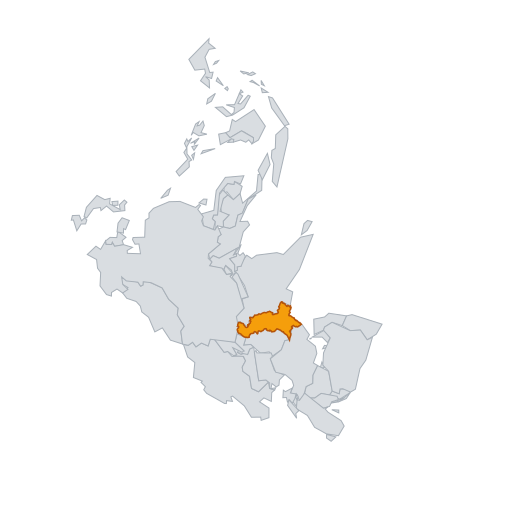 where Pakistan sits in Asia, rotated 222°
{"feature_id": "PAK", "entity_name": "Pakistan", "entity_type": "country or territory", "adm_level": 0, "iso_a3": "PAK", "parent_name": "Asia", "parent_adm1": "", "projection": "equal_earth", "projection_center": [69.806, 30.395], "detail": "fine", "context": "in_parent", "style": "filled", "palette": "amber", "viewbox_px": 512, "rotation_deg": 222, "n_neighbors": 45, "source": "natural_earth", "source_scale": "50m", "svg_char_len": 18251}
<svg xmlns="http://www.w3.org/2000/svg" viewBox="0 0 512 512"><g transform="rotate(222 256 256)"><path d="M250.7,141.7L246.6,144.3L245.4,149.5L239.8,148.3L238.3,154.8L231.4,157.1L234.3,163.5L232.7,166.6L215.2,163.1L213.2,166.1L206.6,165.3L199.2,173.0L193.6,171.1L191.9,164.2L188.6,161.5L180.3,162.3L170.7,154.6L163.3,156.8L162.4,170.6L157.3,166.7L152.5,168.8L152.9,165.0L147.3,158.2L155.2,155.8L155.8,150.0L144.6,151.7L138.2,144.5L142.2,137.3L144.7,139.4L151.5,133.1L164.4,136.8L179.7,136.2L180.4,134.5L176.2,132.2L181.1,128.8L179.3,126.5L180.6,125.4L200.7,120.9L205.3,121.6L206.2,125.0L212.3,125.3L212.2,127.1L221.2,123.8L230.2,135.9L239.2,135.2L250.7,141.7Z" fill="#d9dde1" stroke="#a8b0b8" stroke-width="1"/><path d="M162.4,170.6L163.3,156.8L170.7,154.6L180.3,162.3L188.6,161.5L191.9,164.2L193.6,171.1L198.1,173.0L205.9,166.9L204.4,169.8L212.0,172.3L208.3,175.0L204.9,174.7L205.1,171.9L201.2,172.8L198.9,177.4L196.4,177.2L198.4,182.7L196.7,186.7L170.5,165.1L165.7,170.5L162.4,170.6Z" fill="#d9dde1" stroke="#a8b0b8" stroke-width="1"/><path d="M437.5,357.2L436.3,386.1L433.6,382.5L425.3,383.0L429.1,378.2L427.0,369.6L413.2,361.4L410.9,363.9L407.8,358.2L413.5,355.5L408.6,355.5L403.0,349.8L414.5,349.1L415.8,358.0L419.2,360.6L425.8,353.2L437.5,357.2ZM383.7,385.1L381.6,390.6L378.4,391.1L380.3,386.9L383.7,385.1ZM414.5,376.3L414.3,372.9L415.7,369.9L416.3,373.3L414.5,376.3ZM361.1,327.3L359.3,331.3L365.0,341.6L361.1,342.2L355.4,363.5L335.9,358.7L331.8,343.8L334.1,336.7L337.0,342.2L347.8,340.2L350.5,339.3L354.5,326.5L361.1,327.3ZM394.2,360.7L402.7,359.4L403.9,362.8L394.2,360.7ZM390.8,362.5L388.5,361.7L387.9,359.8L391.3,359.6L390.8,362.5ZM394.4,336.0L397.0,340.6L395.0,349.7L392.7,341.2L394.4,336.0ZM371.2,339.8L385.6,339.3L380.5,344.6L368.9,344.6L368.4,348.0L371.4,351.9L379.3,348.4L373.2,354.1L378.4,369.4L375.3,369.1L377.0,365.5L373.0,366.0L371.4,357.3L369.2,358.7L369.4,370.2L367.2,370.9L364.1,358.1L367.7,345.0L371.2,339.8ZM369.7,389.9L363.8,388.1L366.9,387.2L369.7,389.9ZM367.1,384.8L374.0,383.2L377.1,381.6L376.5,384.0L367.1,384.8ZM360.6,381.6L364.5,384.3L356.6,385.7L360.6,381.6ZM322.0,371.9L343.4,376.5L353.4,382.8L349.5,384.5L319.6,376.1L322.0,371.9ZM313.6,348.8L322.4,359.3L321.2,371.7L317.5,371.8L310.7,364.4L286.6,321.3L293.8,322.3L304.4,336.3L310.5,339.4L314.9,345.2L313.6,348.8Z" fill="#d9dde1" stroke="#a8b0b8" stroke-width="1"/><path d="M383.9,387.3L387.0,383.1L391.6,382.9L383.9,387.3Z" fill="#d9dde1" stroke="#a8b0b8" stroke-width="1"/><path d="M99.3,202.1L96.0,207.8L94.6,217.5L93.5,210.5L97.0,202.9L99.3,202.1Z" fill="#d9dde1" stroke="#a8b0b8" stroke-width="1"/><path d="M102.2,198.4L97.1,202.8L101.9,196.8L102.2,198.4Z" fill="#d9dde1" stroke="#a8b0b8" stroke-width="1"/><path d="M98.0,205.7L95.6,209.9L96.9,205.1L98.0,205.7Z" fill="#d9dde1" stroke="#a8b0b8" stroke-width="1"/><path d="M98.0,205.7L108.4,201.7L109.0,206.6L102.0,209.3L104.6,213.4L98.0,218.8L94.6,217.5L98.0,205.7Z" fill="#d9dde1" stroke="#a8b0b8" stroke-width="1"/><path d="M145.0,239.5L152.6,240.0L160.0,233.3L155.5,246.9L146.0,244.8L145.0,239.5Z" fill="#d9dde1" stroke="#a8b0b8" stroke-width="1"/><path d="M142.6,237.4L142.6,234.3L144.4,231.6L145.3,235.4L142.6,237.4Z" fill="#d9dde1" stroke="#a8b0b8" stroke-width="1"/><path d="M133.1,215.2L136.1,221.4L130.5,219.2L133.1,215.2Z" fill="#d9dde1" stroke="#a8b0b8" stroke-width="1"/><path d="M109.0,206.6L108.4,201.7L115.6,197.5L117.3,189.8L122.2,185.7L128.1,186.6L131.4,192.5L128.7,199.3L134.0,205.4L137.0,215.8L124.8,218.9L109.0,206.6Z" fill="#d9dde1" stroke="#a8b0b8" stroke-width="1"/><path d="M156.2,246.0L160.3,236.6L170.8,247.7L164.2,256.6L163.6,262.2L148.6,272.1L145.3,262.0L155.1,257.6L157.5,249.1L156.2,246.0ZM160.8,230.8L159.5,231.9L160.4,230.4L160.8,230.8Z" fill="#d9dde1" stroke="#a8b0b8" stroke-width="1"/><path d="M309.6,291.7L310.5,282.7L320.6,284.2L321.9,281.2L325.8,285.7L325.6,291.0L320.3,294.4L321.9,297.0L312.9,298.5L309.6,291.7Z" fill="#d9dde1" stroke="#a8b0b8" stroke-width="1"/><path d="M317.8,282.5L310.5,282.7L309.6,291.7L301.3,286.3L299.1,304.6L309.0,318.0L305.8,320.4L295.7,308.6L299.9,293.0L294.8,278.8L296.8,274.2L291.4,264.4L293.9,258.9L299.6,255.8L303.7,260.0L303.5,268.4L310.2,264.9L315.3,268.8L318.7,276.8L317.8,282.5Z" fill="#d9dde1" stroke="#a8b0b8" stroke-width="1"/><path d="M324.8,282.8L317.8,282.5L318.7,276.8L312.6,265.2L303.5,268.4L303.7,260.0L299.6,255.8L304.8,252.6L303.9,247.7L309.4,254.3L313.4,254.4L314.9,258.1L312.1,260.8L324.1,275.4L324.8,282.8Z" fill="#d9dde1" stroke="#a8b0b8" stroke-width="1"/><path d="M299.6,255.8L293.9,258.9L291.4,264.4L296.8,274.2L294.8,278.8L299.9,293.0L296.8,301.6L296.2,287.6L291.0,270.9L285.5,276.2L281.6,274.8L281.6,265.4L274.4,251.3L281.9,229.7L288.0,227.6L288.2,222.7L292.7,225.8L290.6,241.0L293.9,240.3L297.0,245.0L296.3,248.6L302.5,249.7L299.6,255.8Z" fill="#d9dde1" stroke="#a8b0b8" stroke-width="1"/><path d="M315.7,299.1L321.9,297.0L320.3,294.4L325.6,291.0L325.2,278.4L312.1,260.8L314.9,258.1L313.4,254.4L309.4,254.3L305.5,247.1L315.3,243.3L324.6,251.0L317.9,261.7L329.4,278.1L331.4,293.9L318.7,307.5L315.7,299.1Z" fill="#d9dde1" stroke="#a8b0b8" stroke-width="1"/><path d="M377.9,166.5L376.9,172.2L371.8,176.5L375.2,181.9L365.1,182.9L365.8,177.9L362.0,175.8L363.7,173.4L367.6,168.6L371.9,170.0L370.9,168.0L375.3,164.2L377.9,166.5Z" fill="#d9dde1" stroke="#a8b0b8" stroke-width="1"/><path d="M369.8,184.3L375.4,180.9L380.5,188.1L381.1,194.8L373.9,197.6L370.6,188.3L372.7,187.7L369.8,184.3Z" fill="#d9dde1" stroke="#a8b0b8" stroke-width="1"/><path d="M251.7,141.4L263.3,136.2L277.5,139.9L280.4,131.9L294.8,138.6L303.4,138.0L308.5,141.4L314.6,142.0L323.7,138.1L330.4,139.3L330.0,146.9L336.0,145.7L341.9,149.3L326.3,157.5L321.5,156.4L320.6,158.8L322.6,161.4L319.2,164.7L304.4,169.5L291.9,165.4L278.9,165.2L275.1,159.6L262.3,155.7L261.6,149.9L251.7,141.4Z" fill="#d9dde1" stroke="#a8b0b8" stroke-width="1"/><path d="M288.2,222.7L288.0,227.6L281.9,229.7L275.4,248.9L273.4,242.1L272.1,244.9L270.3,242.7L273.8,236.4L265.9,235.2L261.4,230.2L260.4,233.1L262.8,235.3L260.3,238.4L262.3,239.6L263.4,250.4L257.4,251.2L256.1,257.0L242.7,272.5L236.7,275.4L235.5,299.7L228.0,310.3L214.7,275.0L211.6,251.8L204.7,253.9L197.4,241.9L206.5,239.0L201.7,228.2L205.1,223.8L208.7,224.1L219.2,206.2L214.5,197.9L223.9,196.6L226.7,193.2L230.1,197.9L230.0,209.2L237.5,214.7L234.5,220.4L244.8,226.4L259.8,230.4L261.5,223.4L262.1,227.5L265.0,229.1L272.2,228.6L270.9,224.7L284.0,217.7L284.8,222.0L288.2,222.7Z" fill="#d9dde1" stroke="#a8b0b8" stroke-width="1"/><path d="M273.4,242.1L274.8,254.8L271.3,245.8L268.3,245.6L267.8,249.8L263.8,248.8L260.3,238.4L262.8,235.3L260.4,233.1L261.4,230.2L265.9,235.2L273.8,236.4L270.3,242.7L272.1,244.9L273.4,242.1Z" fill="#d9dde1" stroke="#a8b0b8" stroke-width="1"/><path d="M270.9,224.7L272.2,228.6L262.1,227.5L265.5,222.5L270.9,224.7Z" fill="#d9dde1" stroke="#a8b0b8" stroke-width="1"/><path d="M259.7,224.3L259.8,230.4L257.2,230.4L234.5,220.4L238.7,213.7L252.4,222.9L259.7,224.3Z" fill="#d9dde1" stroke="#a8b0b8" stroke-width="1"/><path d="M187.5,186.8L200.8,186.7L205.5,181.4L208.7,188.3L212.8,185.3L218.5,186.7L206.9,190.9L208.0,194.6L205.8,199.2L203.0,199.1L204.2,201.8L201.1,207.7L193.8,210.1L191.9,215.9L180.1,218.3L175.0,216.2L177.9,212.4L174.4,203.3L176.8,192.6L182.1,193.6L187.5,186.8Z" fill="#d9dde1" stroke="#a8b0b8" stroke-width="1"/><path d="M196.7,186.7L198.4,182.7L196.4,177.2L205.1,171.9L206.1,174.6L201.6,177.4L213.9,177.8L218.0,185.6L208.7,188.3L205.5,181.4L200.8,186.7L196.7,186.7Z" fill="#d9dde1" stroke="#a8b0b8" stroke-width="1"/><path d="M205.9,166.9L213.2,166.1L215.2,163.1L232.7,166.6L213.9,177.8L201.6,177.4L201.9,175.2L212.0,172.3L204.4,169.8L205.9,166.9Z" fill="#d9dde1" stroke="#a8b0b8" stroke-width="1"/><path d="M152.5,168.8L157.3,166.7L160.9,170.8L165.7,170.5L170.5,165.1L192.9,183.4L192.8,185.8L190.5,184.6L179.8,194.1L176.8,192.6L176.6,189.2L165.6,183.2L155.3,186.5L155.7,179.6L152.5,175.4L153.4,172.2L158.8,171.9L156.2,167.5L153.2,171.2L152.5,168.8Z" fill="#d9dde1" stroke="#a8b0b8" stroke-width="1"/><path d="M137.0,215.8L134.0,205.4L128.7,199.3L131.4,192.5L126.8,183.4L127.1,177.8L132.8,180.4L138.8,177.2L141.4,185.0L146.0,187.7L155.0,187.4L163.6,182.8L176.6,189.2L174.4,203.3L177.9,212.4L175.0,216.2L182.3,228.9L177.7,231.1L176.4,236.0L163.6,233.2L162.4,228.1L151.5,228.7L145.6,224.3L141.8,214.9L137.0,215.8Z" fill="#d9dde1" stroke="#a8b0b8" stroke-width="1"/><path d="M98.7,204.4L102.2,198.4L100.7,193.5L104.0,188.0L120.9,186.3L117.3,189.8L115.6,197.5L101.9,206.0L98.7,204.4Z" fill="#d9dde1" stroke="#a8b0b8" stroke-width="1"/><path d="M133.9,180.3L126.2,174.6L126.4,171.4L132.0,172.5L133.9,180.3Z" fill="#d9dde1" stroke="#a8b0b8" stroke-width="1"/><path d="M128.1,186.6L104.0,188.0L101.6,191.9L102.1,188.6L97.9,188.1L82.5,190.6L76.7,188.6L74.5,177.6L84.8,170.9L97.8,167.9L111.1,171.9L123.8,169.5L129.3,176.7L127.1,177.8L128.1,186.6ZM76.2,168.6L81.8,167.9L84.1,170.6L75.6,175.0L76.2,168.6Z" fill="#d9dde1" stroke="#a8b0b8" stroke-width="1"/><path d="M242.0,312.2L241.5,316.9L237.3,319.1L235.1,309.2L236.5,302.1L242.0,312.2Z" fill="#d9dde1" stroke="#a8b0b8" stroke-width="1"/><path d="M330.4,265.4L327.3,260.4L333.9,257.3L333.0,263.3L330.4,265.4ZM213.9,177.8L234.3,163.5L231.4,157.1L238.3,154.8L239.8,148.3L245.4,149.5L246.6,144.3L251.7,141.4L261.6,149.9L262.3,155.7L275.1,159.6L278.9,165.2L291.9,165.4L304.4,169.5L316.1,166.0L322.6,161.4L320.6,158.8L321.5,156.4L326.3,157.5L335.7,150.7L341.9,150.6L336.0,145.7L328.8,145.5L330.4,139.3L337.2,138.4L339.0,132.2L336.6,129.5L341.3,127.3L351.9,129.4L360.4,139.8L365.6,140.9L372.1,146.7L382.4,144.2L381.5,156.2L375.9,156.9L377.9,166.5L375.3,164.2L370.9,168.0L371.9,170.0L367.6,168.6L362.0,175.8L353.6,179.8L355.4,173.9L353.4,171.9L343.3,180.4L351.1,186.6L353.8,183.8L358.7,185.5L359.7,187.5L351.3,195.5L362.2,208.5L361.0,212.7L364.2,216.2L364.1,222.8L356.9,238.2L349.0,245.7L333.4,251.6L332.7,256.2L331.0,256.4L330.5,251.7L321.3,249.9L319.9,245.7L315.3,243.3L303.9,247.7L304.8,252.6L296.3,248.6L297.0,245.0L293.9,240.3L290.6,241.0L292.7,225.8L290.0,222.3L284.8,222.0L284.0,217.7L273.3,224.2L265.5,222.5L262.0,226.7L261.5,223.4L252.4,222.9L230.0,209.2L230.1,197.9L221.7,191.6L213.9,177.8Z" fill="#d9dde1" stroke="#a8b0b8" stroke-width="1"/><path d="M365.4,235.1L365.8,245.7L364.9,249.2L362.0,242.4L365.4,235.1Z" fill="#d9dde1" stroke="#a8b0b8" stroke-width="1"/><path d="M134.9,168.5L138.7,171.2L141.2,168.7L145.9,174.6L143.4,174.9L140.7,182.1L138.8,177.2L133.9,180.3L131.7,176.0L130.5,170.8L134.9,171.5L134.9,168.5ZM132.8,180.4L130.8,179.9L129.3,176.7L131.9,177.6L132.8,180.4Z" fill="#d9dde1" stroke="#a8b0b8" stroke-width="1"/><path d="M117.2,162.6L132.5,166.1L135.3,171.1L120.7,169.7L121.0,165.5L117.2,162.6Z" fill="#d9dde1" stroke="#a8b0b8" stroke-width="1"/><path d="M370.6,291.6L367.2,286.0L371.2,287.8L370.6,291.6ZM377.2,305.6L376.5,297.4L378.0,300.1L380.1,295.9L377.2,305.6ZM384.9,302.3L389.2,313.7L388.2,317.8L386.8,313.3L385.4,315.5L385.7,320.8L381.7,318.3L379.4,310.9L374.0,313.7L378.8,307.1L385.3,305.8L384.9,302.3ZM365.9,298.8L358.2,308.5L365.2,295.3L365.9,298.8ZM371.9,265.3L371.5,282.3L378.9,284.7L379.7,290.1L375.6,285.7L368.0,284.3L369.0,281.4L365.2,277.6L366.5,264.1L371.9,265.3ZM373.6,299.3L372.8,293.0L376.9,294.3L373.6,299.3ZM384.5,291.8L385.8,296.7L383.2,295.5L382.8,300.7L380.3,290.0L384.5,291.8Z" fill="#d9dde1" stroke="#a8b0b8" stroke-width="1"/><path d="M302.3,316.9L311.8,321.1L316.2,339.9L306.8,333.4L302.3,316.9ZM361.1,327.3L354.5,326.5L350.5,339.3L337.0,342.2L334.7,339.7L334.1,336.7L339.1,337.4L339.7,333.7L345.1,331.9L349.0,325.5L352.7,326.5L357.0,314.9L365.3,321.6L361.1,327.3Z" fill="#d9dde1" stroke="#a8b0b8" stroke-width="1"/><path d="M353.0,321.4L352.7,326.5L350.5,327.8L349.0,325.5L353.0,321.4Z" fill="#d9dde1" stroke="#a8b0b8" stroke-width="1"/><path d="M414.6,178.7L414.7,194.6L406.1,196.7L403.0,201.3L399.7,196.8L388.0,199.6L391.8,202.6L391.3,209.5L387.9,209.6L387.8,206.0L383.8,202.0L391.4,193.4L400.5,193.1L401.6,186.0L404.1,187.9L408.5,182.5L407.3,171.0L410.2,170.3L414.6,178.7ZM415.8,160.6L417.2,159.0L419.5,163.2L414.6,168.0L409.1,165.4L409.0,169.5L405.8,169.6L404.1,165.8L407.4,162.7L406.0,154.8L415.8,160.6ZM392.6,201.3L396.3,197.7L399.5,200.0L395.3,204.4L392.6,201.3Z" fill="#d9dde1" stroke="#a8b0b8" stroke-width="1"/><path d="M145.3,262.0L148.6,272.1L145.4,276.7L116.7,289.7L114.3,278.4L117.3,268.1L128.9,270.8L136.0,263.6L145.3,262.0Z" fill="#d9dde1" stroke="#a8b0b8" stroke-width="1"/><path d="M94.7,218.1L102.8,215.4L104.6,213.4L102.0,209.3L109.0,206.6L124.8,218.9L133.3,219.6L141.0,229.2L146.0,244.8L156.2,246.0L157.5,249.1L155.1,257.6L136.0,263.6L128.9,270.8L117.3,268.1L115.1,273.5L104.7,252.1L103.4,241.9L93.0,223.5L94.7,218.1Z" fill="#d9dde1" stroke="#a8b0b8" stroke-width="1"/><path d="M96.8,192.5L91.4,196.9L89.5,194.8L96.8,192.5Z" fill="#d9dde1" stroke="#a8b0b8" stroke-width="1"/><path d="M223.5,192.5L224.4,194.7L224.3,195.2L223.9,195.4L223.6,195.6L223.5,195.8L223.4,196.0L223.1,196.2L222.8,196.2L222.6,196.1L221.8,196.5L221.4,196.5L221.1,196.7L220.9,196.9L220.4,197.2L220.1,197.2L219.6,197.0L219.1,196.8L218.8,196.6L218.6,196.6L218.1,196.6L217.0,196.3L216.1,196.1L215.1,196.6L214.8,197.2L214.7,197.5L214.7,197.9L215.0,198.0L215.2,198.4L215.0,198.7L215.0,198.9L215.1,199.0L215.6,199.2L215.9,199.2L216.0,199.2L216.1,199.4L215.9,199.6L215.5,199.8L215.3,200.0L215.2,200.3L215.2,200.5L215.3,200.7L215.7,201.0L215.8,201.2L215.8,201.4L215.7,201.7L215.3,202.2L215.3,202.3L215.7,202.9L216.0,203.1L216.3,203.2L216.3,203.5L216.4,203.8L216.3,204.0L216.8,204.1L217.2,204.2L217.3,204.1L217.3,204.8L217.4,205.2L217.5,205.3L217.8,205.4L218.4,205.4L219.2,205.8L219.4,206.0L219.5,206.1L219.5,206.4L219.2,206.7L218.7,206.9L217.7,207.5L217.4,207.7L217.1,208.0L217.0,208.4L217.2,209.2L217.3,209.5L217.1,210.6L217.1,210.8L217.3,210.9L217.4,211.2L217.0,211.5L216.7,211.8L216.2,212.3L215.5,213.3L215.2,213.7L215.2,214.0L215.3,214.3L215.3,214.5L215.2,214.8L214.9,215.1L214.5,215.3L213.9,215.6L213.6,215.7L213.2,217.3L212.9,218.1L212.3,219.2L212.2,219.5L210.5,220.6L210.3,220.8L210.0,222.0L209.8,222.3L209.3,223.0L209.1,223.5L209.0,223.9L208.0,224.3L207.2,224.3L206.9,224.4L205.9,224.9L205.7,225.0L205.5,224.9L205.3,224.7L205.2,224.4L205.2,224.0L205.0,223.8L204.7,223.6L204.4,223.6L204.2,223.8L204.0,224.0L203.6,224.4L203.3,225.0L202.9,225.9L202.3,226.6L202.0,227.0L201.8,227.2L201.7,227.4L201.6,228.1L201.5,228.7L201.6,228.9L201.7,229.0L202.4,229.5L202.9,229.6L203.4,229.7L203.6,229.8L203.7,230.0L203.6,231.2L203.4,231.8L203.4,232.2L203.5,232.5L204.0,233.3L204.6,233.4L204.8,233.4L205.0,233.3L205.2,233.5L205.3,233.7L205.3,234.5L205.4,234.9L205.7,235.5L206.0,236.1L206.2,236.8L206.4,237.3L206.5,237.6L206.4,237.8L206.3,238.1L206.3,238.3L206.3,238.5L206.5,238.7L206.5,238.9L206.3,239.0L206.1,239.0L205.7,239.4L205.6,239.5L205.3,239.5L205.0,239.4L205.0,239.1L205.0,238.9L204.9,238.8L204.7,238.8L204.1,239.0L203.5,239.3L203.3,239.7L203.0,239.8L202.6,239.9L202.3,239.8L201.8,239.4L200.4,239.4L200.2,239.3L199.7,239.3L199.4,239.2L199.2,239.3L199.2,240.7L198.4,240.7L197.8,240.9L197.4,241.2L197.3,241.4L197.2,241.6L197.1,241.3L197.0,241.2L196.9,241.3L196.7,241.3L196.4,241.0L196.3,241.3L195.8,241.4L195.8,241.1L195.7,240.9L195.5,241.1L195.3,240.8L195.2,240.5L195.1,240.3L194.9,240.2L194.7,239.8L194.7,239.4L194.6,239.0L194.3,237.4L194.1,237.2L192.8,236.9L192.7,236.6L192.8,235.9L192.8,235.4L192.4,234.7L192.3,234.3L192.0,233.9L191.6,233.8L191.3,233.8L191.1,234.0L191.7,234.2L191.9,234.3L192.1,234.4L191.9,234.4L191.6,234.4L191.3,234.4L190.2,234.6L189.6,234.8L188.7,234.7L187.6,235.0L186.7,235.0L186.4,235.5L186.2,235.5L186.0,235.3L184.8,234.9L184.7,234.7L184.3,234.8L184.1,234.9L183.4,234.7L182.9,234.8L182.7,235.1L182.7,235.4L182.0,235.4L181.7,235.2L181.2,235.4L180.1,235.2L179.8,235.2L179.4,235.5L179.2,235.7L179.0,235.8L178.8,235.5L178.6,235.4L178.3,235.7L177.7,235.8L177.2,235.7L176.6,235.5L176.8,235.1L176.9,233.9L177.0,233.4L177.0,233.2L177.2,232.9L177.3,232.8L177.5,231.4L177.6,231.2L178.4,230.8L178.5,230.6L178.9,230.6L178.9,230.3L179.1,230.0L179.3,229.8L179.5,229.8L180.1,229.6L180.5,229.4L181.6,229.5L181.8,229.4L181.9,228.6L182.0,228.5L182.1,228.4L182.0,227.9L182.1,227.6L182.3,227.4L182.1,227.0L181.9,226.9L181.1,227.0L180.7,227.0L180.6,226.9L180.6,226.7L180.6,226.4L180.7,226.1L180.8,225.8L180.7,224.6L180.6,223.7L180.7,222.9L180.7,222.7L180.0,222.8L179.7,222.2L179.4,222.0L178.7,221.8L178.4,221.7L178.0,221.5L177.2,220.5L177.0,220.1L176.8,219.6L176.3,218.5L176.4,218.2L174.9,216.0L179.6,217.8L179.9,217.9L183.3,217.5L184.5,217.8L184.9,218.0L185.1,217.7L185.4,217.5L185.8,217.3L186.2,217.3L187.2,217.3L187.5,217.3L188.0,217.3L191.4,216.1L191.5,216.0L191.7,215.8L191.8,215.6L191.6,215.3L191.6,215.0L191.7,214.7L191.8,214.1L191.8,213.4L191.7,213.0L191.9,212.2L192.1,211.7L192.6,211.4L192.8,211.2L193.1,210.6L193.4,210.3L193.7,210.1L194.1,210.1L194.3,210.4L194.9,210.5L195.4,210.4L195.8,210.2L196.0,210.1L196.2,209.9L196.0,209.7L195.8,209.5L195.8,209.3L195.9,209.2L196.3,209.1L197.1,208.6L197.5,208.2L198.0,208.2L198.4,208.3L198.7,208.1L198.9,208.1L199.1,208.3L199.2,208.5L199.4,208.7L199.7,208.8L200.0,208.6L200.4,208.3L201.0,207.5L200.9,205.5L201.0,205.1L201.2,204.9L201.4,204.5L201.4,204.2L201.5,203.9L201.7,203.1L201.9,203.0L202.3,202.8L202.9,202.8L204.0,202.0L204.0,201.7L203.8,201.4L203.6,200.7L203.3,200.3L202.8,199.6L202.8,199.2L203.2,199.0L203.9,199.3L204.2,199.3L204.4,199.4L205.2,199.4L205.7,199.3L206.4,199.0L206.5,198.7L206.5,197.7L206.3,197.5L206.1,197.2L206.4,196.8L206.5,196.4L206.9,196.1L207.1,195.7L207.6,195.3L207.7,195.0L207.8,194.8L208.0,194.6L208.0,194.4L207.8,194.0L207.8,193.9L208.0,193.5L207.9,193.0L207.7,192.8L207.6,192.3L207.4,191.9L207.4,191.7L207.2,191.4L206.8,191.2L206.7,191.0L206.9,190.7L207.1,190.5L207.5,190.0L207.8,189.7L208.0,189.5L208.3,189.5L208.5,189.5L208.6,189.3L208.9,189.1L209.4,188.7L209.6,188.4L209.9,188.3L210.1,188.3L210.4,188.2L211.0,187.9L212.1,187.8L212.5,187.8L214.4,187.7L215.1,187.9L215.7,187.7L216.7,187.2L216.9,187.1L217.1,187.1L217.4,187.2L217.7,187.4L218.2,187.3L218.5,187.4L219.1,187.6L219.4,188.3L219.5,188.3L219.8,188.2L220.1,188.3L220.4,188.4L220.6,188.6L220.7,188.8L220.9,189.1L221.0,189.7L221.0,190.5L220.9,190.7L220.9,190.8L220.9,191.0L221.0,191.1L221.4,191.3L221.5,191.4L221.6,191.9L221.9,191.9L222.3,191.8L222.7,191.7L222.8,191.6L222.9,192.1L223.1,192.3L223.5,192.5Z" fill="#f59e0b" stroke="#b45309" stroke-width="1.5"/></g></svg>